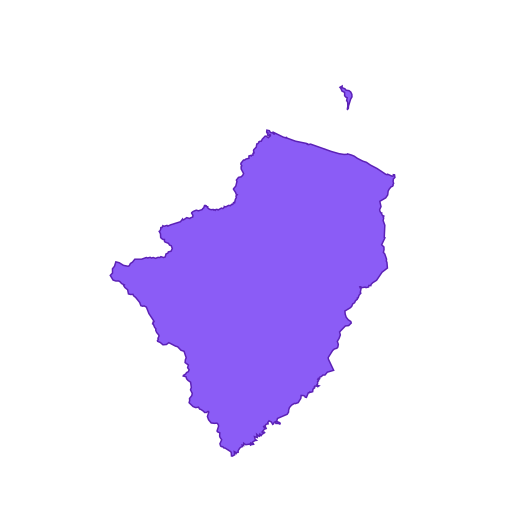 the district of Bang Saphan Noi, Prachuap Khiri Khan, Thailand, rotated 296°
{"feature_id": "78962969B56778840281183", "entity_name": "Bang Saphan Noi", "entity_type": "district", "adm_level": 2, "iso_a3": "THA", "parent_name": "Thailand", "parent_adm1": "Prachuap Khiri Khan", "projection": "albers", "projection_center": [99.369, 11.087], "detail": "fine", "context": "isolated", "style": "filled", "palette": "violet", "viewbox_px": 512, "rotation_deg": 296, "n_neighbors": 0, "source": "geoboundaries", "source_scale": "gbopen_adm2", "svg_char_len": 6098}
<svg xmlns="http://www.w3.org/2000/svg" viewBox="0 0 512 512"><g transform="rotate(296 256 256)"><path d="M174.7,133.5L171.7,138.1L172.1,141.0L173.3,143.4L173.3,144.8L172.3,147.4L172.3,150.3L171.4,150.0L170.2,152.0L169.4,155.4L166.0,158.0L166.5,160.3L167.6,162.2L166.6,163.4L166.0,166.0L163.3,171.8L160.9,174.3L161.2,176.2L162.1,177.4L162.0,179.9L157.3,185.0L152.6,193.0L152.1,193.1L151.3,192.4L150.8,193.0L149.7,192.8L149.5,193.8L147.3,196.3L146.8,197.8L145.2,198.5L143.7,200.3L142.2,203.5L141.0,204.0L139.1,203.9L138.5,204.7L136.7,204.5L136.2,205.0L136.3,207.9L135.4,211.3L137.2,214.3L139.9,215.6L139.7,223.1L140.1,225.3L138.4,229.9L138.8,233.1L133.9,237.9L131.8,238.0L129.1,239.0L128.4,243.0L125.6,243.5L124.5,245.7L122.4,245.9L120.8,244.7L119.1,244.5L116.9,243.1L116.2,243.2L116.8,246.0L115.2,247.5L114.4,249.4L113.9,252.5L109.5,255.5L107.0,255.8L104.6,258.9L102.4,259.5L98.8,258.7L97.1,259.7L94.8,260.2L93.1,265.4L93.3,268.2L94.9,270.6L93.7,272.4L93.9,273.8L93.4,277.2L92.8,278.3L93.6,280.0L95.2,280.9L95.4,281.5L94.9,282.0L90.4,282.7L88.0,285.2L86.3,288.9L87.4,292.1L88.5,293.9L88.6,294.7L87.6,296.3L86.5,297.0L81.6,297.7L81.1,298.5L81.2,301.0L78.3,302.2L77.2,303.2L75.8,305.7L71.4,305.9L69.7,307.5L69.5,308.4L70.0,309.7L69.4,311.1L69.8,312.6L69.1,318.8L68.5,319.9L65.5,321.6L65.8,322.5L68.0,324.0L70.7,322.2L70.7,323.2L69.8,324.7L70.9,324.8L71.7,326.0L73.3,325.3L76.2,325.6L77.9,326.4L78.7,327.3L80.0,326.4L80.2,328.0L82.3,327.0L81.9,329.5L84.3,333.0L85.6,333.2L85.2,333.9L83.9,333.6L83.6,334.0L84.6,334.7L85.7,336.4L86.2,335.9L86.3,334.5L87.0,334.4L89.6,335.9L90.5,337.2L91.0,335.4L93.0,333.8L93.4,336.7L96.0,334.9L95.2,337.9L96.3,338.5L96.8,337.6L97.7,337.5L97.0,339.4L98.4,339.6L101.0,341.2L101.3,340.5L100.5,339.6L100.5,338.6L103.9,339.4L105.4,340.8L106.5,339.5L105.4,338.6L106.1,337.6L107.5,338.6L109.3,338.9L110.5,340.5L111.4,339.6L113.6,340.0L113.5,342.6L112.0,344.8L112.8,345.3L114.5,345.3L115.7,346.2L114.2,347.3L115.4,349.8L115.4,351.1L116.1,351.1L116.6,350.4L116.4,347.1L119.4,346.5L127.4,353.4L129.9,353.7L131.8,352.9L134.4,352.5L137.5,353.3L140.3,355.1L140.6,356.1L142.7,358.2L147.7,358.7L150.5,357.7L151.4,360.0L151.4,361.3L150.7,362.1L151.0,363.3L156.1,363.0L156.4,363.8L157.5,364.0L157.4,364.8L158.9,366.4L161.2,365.6L163.3,366.5L163.7,365.8L164.9,366.0L165.6,367.5L166.2,367.5L165.6,368.8L166.9,369.5L166.6,368.3L167.0,367.2L168.1,367.4L170.2,366.4L171.0,366.9L171.5,366.5L172.1,366.7L172.2,365.9L173.0,366.5L172.8,365.7L173.2,365.6L174.1,366.5L175.4,366.6L176.3,367.6L178.3,368.3L179.3,370.2L182.8,371.0L187.3,375.9L195.1,366.2L196.4,365.4L204.6,366.3L206.8,367.2L208.5,369.1L210.0,369.5L212.7,368.7L214.9,366.5L218.2,366.8L222.0,366.4L224.4,364.4L232.3,367.0L234.1,369.8L237.5,371.0L238.7,369.9L239.1,366.9L240.5,363.9L242.8,361.7L245.5,360.0L250.9,363.5L252.7,364.1L255.3,363.9L257.2,365.1L259.4,365.0L261.5,366.0L262.7,365.5L263.2,366.2L265.8,365.8L268.6,366.5L269.0,365.7L273.1,364.6L273.0,363.6L273.8,362.8L274.3,363.6L273.8,364.8L275.9,367.8L275.8,368.7L277.5,370.8L279.0,370.4L279.7,372.2L281.0,371.9L283.1,372.6L287.0,375.0L296.7,376.4L302.8,379.4L307.8,376.4L308.5,375.4L310.4,374.7L314.3,370.8L315.1,368.9L317.8,368.3L320.2,367.0L321.2,364.0L328.9,363.9L329.0,363.1L340.1,358.3L343.6,354.7L346.1,354.1L346.9,353.1L347.9,353.4L348.0,351.6L348.9,350.5L349.8,350.1L349.5,349.3L350.7,347.6L351.9,346.8L355.2,346.7L359.4,343.3L365.1,347.1L368.6,347.6L372.3,346.3L374.5,346.4L377.4,347.1L378.6,348.2L379.9,348.2L380.4,347.7L381.5,347.9L383.0,346.6L385.4,345.7L387.5,346.4L389.7,344.9L389.3,343.8L388.1,344.2L387.4,343.4L387.2,338.4L386.6,338.2L386.3,336.9L387.7,326.5L387.9,319.0L388.6,314.2L388.1,310.4L388.2,304.4L388.8,300.5L388.6,297.6L387.9,293.5L387.4,293.4L385.9,290.7L384.4,285.9L383.0,278.0L380.5,256.0L378.9,253.8L378.9,252.3L379.1,253.7L379.4,253.3L379.3,252.0L376.5,241.1L375.5,231.6L376.5,231.3L375.3,231.1L374.8,228.5L374.8,218.3L374.2,219.3L373.5,218.8L374.0,216.8L373.3,214.8L374.5,213.1L373.9,210.6L372.1,211.2L371.5,211.9L372.0,212.4L371.8,212.9L369.7,213.4L369.9,215.1L371.1,215.1L371.1,215.9L370.3,216.2L367.7,215.2L368.1,212.9L367.8,211.7L363.7,210.4L361.5,210.4L360.8,209.2L359.8,208.5L359.3,208.8L357.6,208.3L357.1,207.6L353.9,208.5L350.7,207.4L349.5,207.6L348.2,208.8L347.7,208.5L347.3,208.9L346.7,208.4L345.4,209.0L344.4,207.6L343.9,207.7L344.0,207.1L342.8,205.8L340.7,206.8L338.8,204.5L337.2,203.7L336.8,202.7L332.8,201.8L331.8,202.2L330.8,203.7L329.4,203.5L328.8,204.2L327.8,204.4L324.7,208.7L322.8,208.7L320.7,208.0L319.0,205.8L315.6,205.1L314.6,206.2L310.0,207.2L306.6,206.3L306.1,206.5L304.3,209.6L302.7,211.3L302.8,212.2L301.1,211.7L299.9,212.7L297.9,212.6L294.4,213.4L294.2,212.4L292.1,212.4L291.7,211.4L290.1,211.0L289.5,209.2L287.0,207.4L286.6,205.8L286.0,206.2L284.1,205.4L283.9,203.9L280.8,201.8L280.8,200.4L280.1,199.5L279.2,199.3L279.4,198.5L278.8,197.9L279.1,197.2L278.0,195.5L277.6,193.7L278.2,191.3L279.1,191.0L278.8,190.0L279.3,189.3L278.8,188.7L279.2,188.3L278.8,187.6L276.2,187.9L275.3,187.3L274.2,187.3L271.4,184.5L271.0,182.2L268.5,180.0L266.8,179.2L266.3,179.3L265.0,181.4L263.3,182.0L261.4,180.3L260.7,180.1L260.1,176.9L256.8,175.1L256.4,174.4L257.0,173.8L253.7,173.1L246.8,165.8L244.2,163.6L244.5,162.6L242.3,160.2L242.4,159.0L240.3,159.0L239.8,158.0L237.9,158.7L236.3,158.6L235.7,158.2L234.1,160.4L231.0,162.1L230.4,163.1L230.1,165.1L230.7,166.5L229.4,167.0L228.7,168.0L229.0,171.8L227.9,173.5L228.1,175.3L226.0,177.5L223.0,177.5L221.3,175.4L219.9,175.5L218.4,174.2L215.4,174.8L214.1,173.6L213.7,170.8L212.5,170.3L211.8,168.5L209.8,166.7L209.6,164.3L208.3,162.9L208.4,161.4L206.7,159.5L206.6,158.1L203.0,154.6L200.0,148.5L196.4,147.7L194.2,146.4L191.9,146.4L190.7,145.6L189.5,141.0L190.0,136.0L189.3,132.6L184.7,133.3L181.6,132.6L177.8,134.5L174.7,133.5ZM446.5,258.9L444.4,257.5L443.8,258.8L441.9,261.0L441.9,263.9L438.9,265.4L438.2,267.0L438.2,268.6L435.2,269.4L435.1,270.2L434.0,271.2L430.8,272.9L428.0,273.7L427.9,274.0L429.1,274.3L431.4,273.4L438.4,272.3L441.1,272.5L443.3,271.3L444.9,269.3L445.4,267.1L444.5,264.3L445.3,262.5L445.0,259.6L446.5,258.9Z" fill="#8b5cf6" stroke="#5b21b6" stroke-width="1.5"/></g></svg>